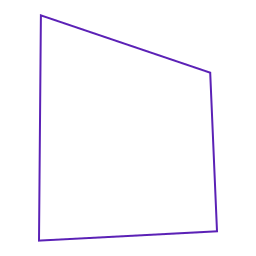 the border of Jwaneng
{"feature_id": "BWA-5506", "entity_name": "Jwaneng", "entity_type": "Town", "adm_level": 1, "iso_a3": "BWA", "parent_name": "Botswana", "parent_adm1": "", "projection": "robinson", "projection_center": [24.71, -24.561], "detail": "fine", "context": "isolated", "style": "outline", "palette": "violet", "viewbox_px": 256, "rotation_deg": 0, "n_neighbors": 0, "source": "natural_earth", "source_scale": "10m", "svg_char_len": 181}
<svg xmlns="http://www.w3.org/2000/svg" viewBox="0 0 256 256"><path d="M40.9,15.4L210.2,72.7L217.0,231.3L39.0,240.6L40.9,15.4Z" fill="none" stroke="#5b21b6" stroke-width="2"/></svg>